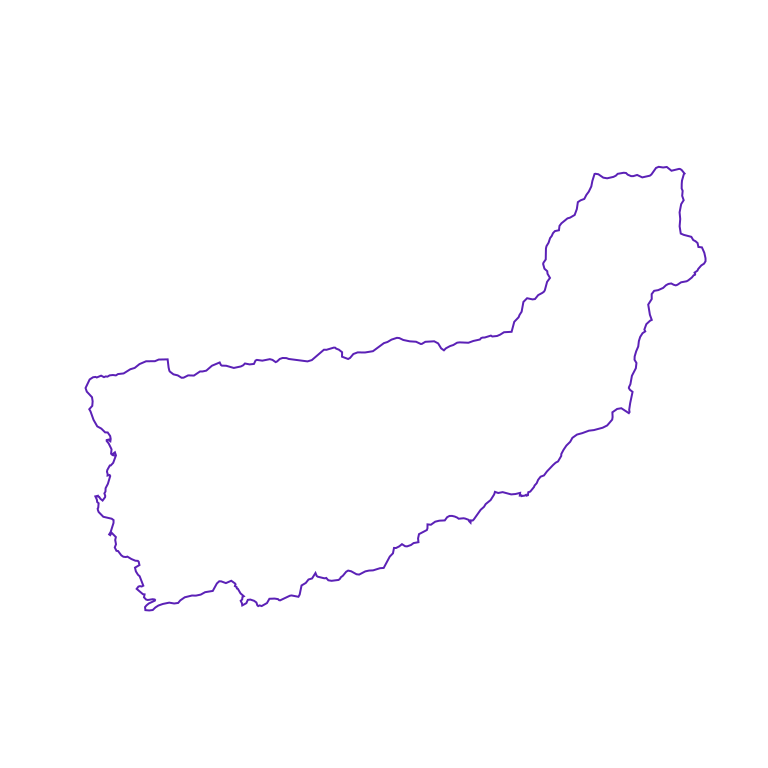 Zemes, Bacau, Romania, rotated 101°
{"feature_id": "2599482B35780038076699", "entity_name": "Zemes", "entity_type": "district", "adm_level": 2, "iso_a3": "ROU", "parent_name": "Romania", "parent_adm1": "Bacau", "projection": "natural_earth1", "projection_center": [26.408, 46.58], "detail": "fine", "context": "isolated", "style": "outline", "palette": "violet", "viewbox_px": 768, "rotation_deg": 101, "n_neighbors": 0, "source": "geoboundaries", "source_scale": "gbopen_adm2", "svg_char_len": 6156}
<svg xmlns="http://www.w3.org/2000/svg" viewBox="0 0 768 768"><g transform="rotate(101 384 384)"><path d="M626.0,465.1L625.1,463.9L625.3,461.7L621.4,457.1L616.7,455.5L615.5,450.4L615.4,447.0L616.2,445.8L616.2,444.7L609.8,436.0L609.2,434.4L609.2,427.4L606.8,426.6L597.5,426.5L594.2,422.8L590.3,420.8L588.6,417.5L582.6,415.2L585.3,413.4L585.8,412.2L586.1,406.0L586.0,404.8L585.4,403.7L587.3,401.2L587.2,397.9L585.0,391.2L583.4,389.9L582.1,389.6L580.1,387.8L575.5,385.3L574.0,383.6L574.1,380.5L576.0,374.7L575.8,372.0L571.5,366.6L570.0,363.1L569.0,359.1L565.6,352.8L564.6,349.2L552.3,345.4L548.5,342.9L543.0,342.9L542.7,340.9L540.5,338.1L537.8,335.8L539.2,332.3L539.0,330.4L536.9,326.8L534.5,324.6L532.7,320.0L529.1,321.1L524.7,321.0L519.2,314.1L517.4,313.8L513.5,314.5L513.2,311.1L509.4,307.5L507.6,303.6L506.3,298.3L502.7,296.6L501.0,294.5L500.5,292.1L500.6,289.3L501.2,286.6L502.0,285.0L500.6,280.3L500.6,278.6L501.2,275.0L502.4,274.3L503.6,272.6L501.3,272.8L501.1,270.9L499.8,270.0L489.0,265.1L485.5,262.4L482.5,261.3L477.6,257.2L471.4,254.8L468.7,254.5L469.2,251.1L467.5,246.9L468.1,238.1L466.9,233.9L464.9,229.6L467.6,229.4L467.1,227.9L467.8,227.6L466.7,224.6L465.7,223.4L466.4,222.8L465.7,221.5L462.7,221.7L461.7,219.9L456.5,217.1L454.9,216.8L452.3,215.2L448.6,214.4L445.1,212.6L443.2,209.5L438.8,207.4L431.3,202.6L428.5,200.5L426.8,198.4L420.8,196.3L418.9,196.6L414.3,195.2L409.6,193.2L405.2,190.2L400.9,188.8L396.8,184.9L394.4,180.0L390.7,173.9L389.2,169.2L385.2,161.0L382.1,157.0L375.4,153.2L372.8,153.3L368.2,154.4L364.0,150.4L362.5,146.4L365.9,138.1L364.7,137.6L362.5,138.4L355.8,138.7L344.3,138.5L342.7,141.6L341.2,142.9L340.3,142.9L337.2,142.1L328.6,142.2L320.5,139.8L315.2,140.2L312.4,142.7L309.1,143.2L303.8,142.7L298.7,141.6L293.2,142.0L288.9,141.5L284.8,139.9L282.5,137.6L280.8,138.8L275.2,137.9L271.1,134.9L270.0,133.4L265.3,136.2L255.6,139.8L249.5,137.4L244.7,138.4L241.0,136.6L239.5,132.7L236.4,128.3L233.2,126.0L231.5,123.9L230.5,121.2L231.3,118.6L231.5,116.4L230.6,114.9L227.5,111.8L225.4,106.5L224.2,105.1L220.7,102.1L218.2,100.8L217.6,99.7L216.7,99.5L215.4,100.4L213.0,98.0L211.1,97.5L207.1,95.2L204.8,92.8L202.1,91.8L199.2,92.4L194.1,94.6L189.2,98.0L189.5,101.5L185.8,103.1L184.4,105.5L183.7,107.9L180.9,110.4L180.4,118.2L179.7,121.4L172.8,123.9L165.5,124.7L159.1,126.6L150.7,126.6L146.4,124.9L142.4,127.2L137.4,127.7L135.3,129.1L130.9,129.9L127.5,130.3L120.7,129.7L120.1,129.1L117.1,132.7L116.5,134.2L116.5,135.3L119.8,142.5L117.0,147.8L118.2,151.3L118.4,155.8L120.0,158.2L127.3,161.5L128.8,162.8L131.9,169.9L130.5,175.4L132.4,179.0L132.8,181.1L132.0,184.7L130.7,186.7L130.9,189.0L133.1,194.7L135.3,196.2L136.9,198.3L139.5,204.2L139.6,208.1L137.2,213.6L137.3,216.7L137.7,217.4L144.9,218.2L150.5,218.2L156.2,219.7L159.7,221.4L164.1,222.7L166.2,226.1L168.5,228.4L175.5,228.1L181.7,229.1L185.2,233.1L186.4,235.5L192.4,240.5L195.3,241.9L199.7,241.6L201.3,245.4L203.7,246.9L206.7,247.6L209.1,248.8L213.9,249.4L217.7,250.8L220.0,250.9L230.9,249.0L234.5,250.6L235.8,250.7L240.2,248.5L242.1,245.3L244.6,244.5L248.2,241.3L252.6,243.4L261.1,244.0L262.7,244.5L264.3,245.9L267.3,249.6L271.8,252.0L272.6,254.3L272.5,259.9L276.8,262.8L286.8,262.7L290.2,264.1L292.8,264.6L298.1,268.0L308.4,268.7L310.3,276.1L313.4,279.4L315.3,282.2L316.7,286.8L316.1,288.3L319.1,293.9L319.7,296.3L320.5,297.5L322.0,298.3L324.7,304.5L327.4,309.0L328.7,317.7L329.5,320.1L332.5,323.4L334.1,326.3L337.1,330.0L339.5,331.6L338.1,334.7L333.8,338.6L332.5,342.9L334.7,351.5L337.4,354.5L337.7,355.5L336.4,360.6L337.2,366.9L337.1,373.5L336.0,377.7L336.2,380.1L339.0,385.1L342.1,388.6L343.9,391.9L353.9,401.1L356.7,408.7L358.0,415.9L360.4,419.8L364.9,422.3L366.3,424.0L365.2,430.4L360.8,431.2L358.9,434.9L358.4,437.8L357.7,438.7L357.8,440.1L361.4,447.0L361.8,449.5L374.3,459.4L376.4,463.4L377.6,482.3L377.2,484.7L377.8,488.5L379.3,491.1L382.2,493.2L383.2,494.5L381.6,498.1L381.4,500.8L384.3,507.9L384.6,513.4L385.5,514.6L389.1,515.5L390.4,519.6L390.4,524.4L392.5,525.8L394.1,527.9L396.9,534.5L396.2,542.4L396.9,546.7L396.4,547.8L394.2,549.4L398.9,556.4L404.8,561.0L406.3,564.5L406.8,567.0L412.0,572.2L412.9,577.9L416.0,581.9L416.5,583.9L414.9,588.1L414.7,592.5L412.7,596.5L412.0,597.2L408.9,598.6L401.1,601.1L403.0,609.8L405.3,613.2L407.1,621.9L411.1,627.8L415.8,631.8L417.9,635.8L423.3,641.6L425.0,647.0L426.7,648.8L426.9,651.8L427.9,655.0L429.5,656.8L429.7,658.7L430.7,660.2L429.8,663.3L432.4,667.2L432.1,668.5L432.9,670.9L435.7,673.8L444.9,676.2L448.2,674.3L452.7,668.1L456.6,666.7L461.1,666.2L465.0,668.5L467.0,666.8L474.6,662.3L480.3,657.4L481.7,653.0L484.7,648.5L484.3,646.0L487.3,642.9L490.1,641.8L492.4,641.7L491.9,642.9L491.0,643.4L491.9,645.5L492.8,645.4L494.9,642.9L500.1,639.0L504.5,638.6L505.6,636.9L505.6,635.7L504.1,636.6L502.4,635.1L505.2,633.5L513.1,634.8L516.1,636.7L516.3,637.6L521.2,639.2L523.0,639.2L525.1,638.1L526.6,637.9L525.7,636.0L526.6,635.2L534.7,636.0L539.4,637.4L542.7,636.9L544.7,637.6L547.0,636.3L548.3,636.2L552.1,638.0L550.8,640.5L549.1,642.1L549.2,643.1L548.3,643.5L549.4,645.9L552.3,643.8L554.6,643.0L555.5,641.4L560.0,640.9L560.9,641.3L562.3,640.8L564.1,639.7L567.9,634.2L568.2,625.6L569.2,623.5L572.0,623.0L581.5,624.1L584.1,625.1L584.6,623.9L582.0,623.0L585.4,618.0L588.4,618.1L592.5,616.5L595.8,617.1L598.8,614.8L598.7,613.2L602.3,609.2L603.3,606.9L603.1,604.3L602.4,603.0L604.0,598.6L604.9,594.4L604.6,591.9L605.3,590.9L608.4,589.5L611.8,593.4L615.3,591.8L618.2,589.1L619.3,587.2L627.9,581.8L629.0,583.2L629.0,585.0L629.7,586.4L632.3,587.7L636.3,580.6L636.2,578.9L639.2,578.9L641.0,576.4L641.1,574.7L639.4,570.0L639.3,568.0L639.7,567.5L640.4,567.6L644.3,573.0L646.6,574.9L648.6,576.0L651.5,575.1L651.1,571.3L650.0,567.9L647.0,565.8L644.5,563.2L642.1,559.1L639.6,553.1L639.5,548.1L638.2,544.3L635.3,542.7L631.4,538.9L628.3,532.2L627.6,528.2L625.7,523.7L622.5,519.9L619.8,512.6L611.7,510.0L609.1,508.1L608.8,506.2L609.6,501.2L606.3,496.4L608.1,492.4L608.9,491.5L610.8,491.8L611.5,489.9L612.8,489.4L612.9,488.4L616.9,484.9L619.1,481.1L620.1,482.3L622.6,482.1L624.2,483.3L626.2,481.7L628.4,480.9L625.4,477.3L621.9,476.5L621.1,474.1L621.6,470.2L622.8,467.6L625.4,466.1L626.0,465.1Z" fill="none" stroke="#5b21b6" stroke-width="2"/></g></svg>